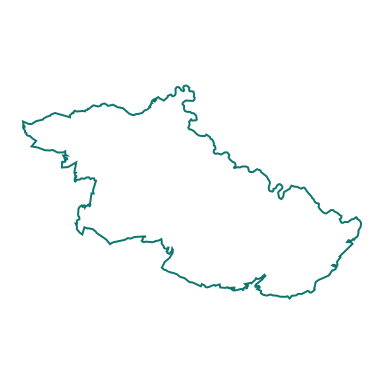 Corcova, Mehedinti, Romania (orthographic projection)
{"feature_id": "2599482B52479565944314", "entity_name": "Corcova", "entity_type": "district", "adm_level": 2, "iso_a3": "ROU", "parent_name": "Romania", "parent_adm1": "Mehedinti", "projection": "orthographic", "projection_center": [23.061, 44.685], "detail": "fine", "context": "isolated", "style": "outline", "palette": "teal", "viewbox_px": 384, "rotation_deg": 0, "n_neighbors": 0, "source": "geoboundaries", "source_scale": "gbopen_adm2", "svg_char_len": 5946}
<svg xmlns="http://www.w3.org/2000/svg" viewBox="0 0 384 384"><path d="M310.2,292.6L311.4,292.5L314.5,290.0L314.8,289.4L314.1,288.5L315.0,286.1L315.4,282.9L316.1,281.7L318.8,279.9L328.8,275.5L329.2,274.5L330.2,274.1L330.4,273.0L332.3,270.3L333.2,270.4L335.3,269.3L336.4,267.3L332.3,265.4L333.0,264.8L334.1,264.8L336.9,265.9L337.1,265.6L337.5,265.1L337.0,261.9L340.5,257.1L339.6,256.5L352.5,243.9L351.3,242.4L347.1,242.0L348.6,240.2L351.2,241.0L353.2,239.0L354.0,239.8L355.5,237.7L356.7,237.2L357.9,235.5L358.6,232.0L358.3,230.7L360.8,226.5L361.0,222.7L359.7,220.5L357.2,218.9L357.0,217.8L356.0,217.2L354.0,218.8L351.5,219.5L347.8,222.2L345.1,221.9L342.9,222.8L341.5,222.7L339.7,219.2L341.3,218.0L341.4,215.9L339.8,215.1L337.4,212.9L334.4,211.4L333.0,210.1L331.2,210.0L326.3,213.4L324.8,213.3L322.7,212.1L318.9,207.8L318.6,206.4L319.0,204.2L318.8,203.6L315.8,202.8L314.8,201.8L313.7,199.3L312.2,198.1L311.7,196.8L306.9,191.3L304.6,187.8L303.1,187.6L301.3,188.7L296.9,186.8L294.6,186.7L291.5,185.7L290.8,186.5L289.9,188.6L283.9,192.2L283.3,196.7L281.3,199.1L279.1,197.7L278.1,193.0L278.6,191.7L282.3,188.3L282.4,186.9L281.7,185.4L279.8,184.1L278.9,184.2L277.2,185.4L275.7,188.2L273.5,188.9L273.2,191.0L272.5,191.6L269.8,191.0L269.2,190.3L268.7,188.1L269.9,182.9L269.8,181.8L266.6,176.4L261.3,172.3L260.3,170.3L257.0,169.2L253.2,171.9L250.4,172.1L248.9,171.1L248.1,167.6L246.5,166.6L242.5,166.4L239.9,167.5L237.8,167.2L234.3,168.0L234.0,167.4L235.6,166.1L235.2,163.5L234.4,162.5L232.9,162.1L229.7,159.3L228.6,157.2L229.3,154.7L227.0,152.3L224.5,152.5L221.3,154.5L217.4,153.4L215.7,153.8L214.4,153.2L213.7,152.4L213.7,151.0L214.0,150.1L215.5,149.0L215.1,146.6L214.9,146.0L213.8,145.5L213.9,142.8L212.5,140.0L212.1,139.4L210.5,138.8L209.9,137.0L206.4,134.6L204.7,136.1L200.7,135.9L198.5,135.3L196.6,134.0L193.8,131.0L191.2,129.6L189.3,129.3L188.3,127.7L189.6,124.7L189.1,121.6L190.2,120.7L190.6,119.6L191.3,119.3L192.0,120.5L192.9,120.6L196.2,120.2L196.8,119.4L196.1,115.5L193.9,113.4L191.4,113.0L190.2,111.9L187.6,111.9L185.0,111.1L183.9,108.7L184.2,106.0L182.5,104.3L182.5,103.4L183.3,102.3L185.8,100.5L192.4,100.9L193.4,100.7L194.3,99.9L194.7,97.6L193.8,96.7L194.2,94.5L193.4,91.6L189.5,91.1L189.0,89.3L189.4,87.8L187.6,86.2L186.1,85.5L183.7,86.2L183.3,87.4L184.1,90.5L183.5,91.2L181.3,90.3L180.1,88.3L178.7,87.1L176.8,87.1L175.6,88.7L175.6,93.9L174.9,95.2L173.4,96.2L172.3,96.2L170.9,94.5L167.8,95.9L167.6,97.2L163.9,100.5L159.7,98.4L158.2,97.1L155.7,98.7L156.3,99.6L154.9,101.5L153.3,100.8L153.6,100.1L154.3,100.2L154.8,99.6L154.4,99.2L153.4,99.6L151.8,101.3L151.5,102.5L152.0,103.1L151.5,103.2L150.6,105.0L150.7,105.4L149.8,105.8L149.4,106.4L150.1,107.4L148.9,108.0L147.4,109.5L144.4,110.6L142.3,112.9L138.0,114.0L135.8,114.1L134.2,115.1L132.2,114.9L129.2,113.6L122.8,108.1L117.5,107.2L113.1,104.7L108.1,105.9L105.6,104.0L104.1,103.5L100.9,104.7L100.9,105.6L98.0,106.5L94.0,105.4L93.0,105.5L88.4,109.2L87.8,108.9L87.1,110.0L85.2,110.5L85.0,111.3L82.4,111.0L76.4,111.5L74.8,110.7L74.0,111.5L73.5,113.0L72.5,112.7L72.1,113.5L69.9,115.2L69.5,116.6L70.1,116.9L70.1,117.3L55.0,113.0L50.9,114.6L50.1,115.8L47.1,116.6L43.5,118.6L42.9,119.6L36.3,121.1L31.7,124.0L28.5,123.9L23.0,121.5L23.6,125.5L24.4,125.9L24.5,127.0L23.1,126.6L23.2,127.9L23.7,128.0L23.8,129.0L25.0,130.5L25.1,132.5L26.5,133.2L26.4,134.6L27.6,135.6L29.8,136.0L32.7,138.6L36.2,140.9L31.6,146.4L37.7,147.5L44.9,150.2L49.5,150.5L52.7,150.0L57.6,152.5L63.4,152.4L65.2,151.3L65.3,154.4L66.9,155.5L63.2,155.5L64.5,157.6L67.0,158.3L67.1,159.0L66.5,158.9L66.6,159.5L66.1,159.8L64.9,159.5L65.1,160.1L64.9,160.6L65.3,161.0L65.2,161.7L63.1,162.3L62.5,161.8L61.9,162.4L62.0,167.5L68.0,167.1L76.2,162.4L74.3,172.6L75.8,172.8L75.0,174.3L75.2,175.7L76.3,176.1L76.1,177.2L75.3,177.3L74.7,178.9L74.8,181.2L75.3,181.6L75.8,181.2L76.4,179.7L79.8,179.6L81.5,178.3L84.3,178.8L86.4,177.5L88.9,177.3L90.4,179.1L92.0,178.3L94.0,178.3L94.8,180.5L96.0,180.7L93.5,188.7L93.0,191.2L93.6,193.5L91.5,193.4L90.0,203.8L90.4,204.3L89.9,205.9L89.6,206.2L89.2,205.9L89.3,205.2L88.3,204.5L87.1,205.8L85.5,206.6L85.1,207.3L85.0,206.2L84.7,206.4L84.2,205.4L83.8,205.5L83.5,206.8L82.7,206.9L82.5,205.5L81.8,205.4L79.5,207.0L78.4,209.2L78.1,215.0L78.4,216.1L79.2,216.8L79.4,219.3L77.2,220.2L76.8,221.7L77.1,223.6L75.6,223.5L77.0,226.5L76.8,229.1L79.9,232.8L82.3,234.5L84.4,227.3L87.5,228.5L88.1,228.2L93.0,229.3L95.7,231.6L96.8,233.1L106.1,239.4L110.1,244.2L111.6,243.0L113.7,242.2L124.7,239.9L127.8,238.1L130.5,238.6L134.6,237.0L144.3,236.4L146.0,236.6L143.5,237.1L142.8,237.9L142.7,239.7L141.7,240.6L142.5,241.7L144.1,242.2L145.6,241.6L152.1,242.2L154.9,241.6L155.4,241.0L158.6,240.6L161.3,239.1L161.8,241.7L161.6,243.4L163.9,246.6L164.0,247.8L164.9,248.5L167.5,248.8L168.1,247.5L168.5,247.6L167.9,249.8L166.8,250.9L166.6,251.5L167.4,251.9L167.3,252.7L169.2,253.9L171.8,250.9L172.2,248.6L172.9,249.9L172.6,252.9L169.6,257.9L164.9,261.7L161.8,267.7L164.3,269.8L165.5,269.9L168.4,271.7L175.6,273.7L177.3,274.5L180.0,276.8L184.5,278.1L189.6,282.2L192.4,282.4L200.9,286.3L201.9,284.1L204.7,285.5L205.3,286.8L206.8,287.4L208.9,287.0L212.2,285.5L214.7,285.0L215.3,285.8L219.7,284.4L220.2,287.4L225.5,287.9L227.2,287.3L228.3,287.5L228.4,288.1L234.4,287.6L234.2,289.0L231.8,289.4L233.4,290.5L235.9,290.3L240.8,289.0L242.4,289.2L242.8,290.0L243.5,289.8L243.3,288.6L244.6,287.5L245.4,287.3L246.3,288.4L247.0,288.1L247.4,286.6L246.8,286.0L247.8,286.1L248.1,285.6L247.6,284.2L246.1,284.6L245.3,284.0L250.8,282.8L251.3,283.3L255.1,280.0L256.1,278.2L257.3,279.0L259.6,278.6L260.8,278.0L264.5,274.7L265.4,275.9L262.7,278.5L262.6,279.2L256.1,284.4L255.2,286.0L255.6,286.9L256.4,286.9L256.6,286.2L257.1,286.1L257.5,286.6L258.3,285.9L259.0,286.1L259.6,286.8L259.6,287.6L257.2,289.1L261.0,290.9L260.9,293.3L263.0,294.7L266.6,295.6L270.9,294.5L272.7,295.4L277.1,295.7L280.0,296.7L285.4,296.8L287.6,296.3L289.7,298.5L291.6,295.9L296.5,295.3L297.9,294.0L301.9,293.9L308.1,290.8L310.2,292.6Z" fill="none" stroke="#0f766e" stroke-width="2"/></svg>